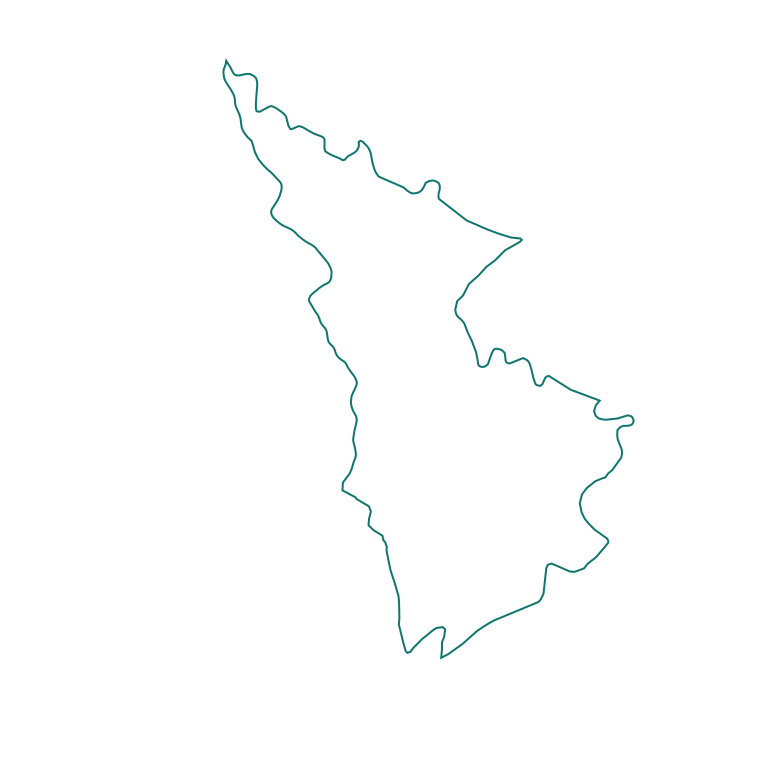 Pajapita, San Marcos, Guatemala (Mercator projection), rotated 112°
{"feature_id": "79465075B67367283540012", "entity_name": "Pajapita", "entity_type": "district", "adm_level": 2, "iso_a3": "GTM", "parent_name": "Guatemala", "parent_adm1": "San Marcos", "projection": "mercator", "projection_center": [-92.076, 14.718], "detail": "fine", "context": "isolated", "style": "outline", "palette": "teal", "viewbox_px": 768, "rotation_deg": 112, "n_neighbors": 0, "source": "geoboundaries", "source_scale": "gbopen_adm2", "svg_char_len": 5038}
<svg xmlns="http://www.w3.org/2000/svg" viewBox="0 0 768 768"><g transform="rotate(112 384 384)"><path d="M143.5,651.3L146.5,650.6L149.4,650.5L151.1,650.5L152.7,650.4L154.2,650.0L155.7,649.4L158.5,647.9L160.5,646.5L162.3,644.8L165.0,641.3L167.9,637.0L169.4,635.0L171.8,632.1L173.6,630.5L175.4,629.2L177.3,628.3L179.9,627.0L181.9,625.6L184.3,623.2L187.9,619.4L189.6,618.0L191.6,616.5L195.7,614.2L199.7,611.9L202.3,609.3L203.4,607.6L205.0,605.3L206.3,602.9L206.8,601.3L207.4,599.8L208.2,597.9L210.1,596.2L212.0,594.7L216.5,591.2L218.3,589.6L220.0,587.6L222.5,584.8L223.9,582.4L226.5,577.6L228.9,571.9L229.9,568.6L231.2,565.4L232.6,562.5L233.9,559.8L235.4,556.5L236.4,554.9L237.6,553.7L239.6,552.7L241.8,552.0L244.5,551.6L248.8,551.2L252.6,551.4L257.6,552.2L260.8,552.8L262.6,553.3L264.3,553.5L265.7,553.4L267.7,552.7L269.4,551.3L271.5,548.4L272.7,545.4L274.3,540.4L275.0,536.1L275.4,528.0L275.9,525.9L276.8,523.1L278.8,518.7L280.2,514.0L281.2,510.0L281.6,507.3L282.0,503.7L282.6,500.9L283.0,499.3L285.6,494.5L288.1,489.8L289.9,486.5L291.2,484.1L293.0,481.0L294.8,478.9L296.5,477.0L299.5,474.7L301.3,474.0L305.6,472.7L308.4,472.7L310.2,473.2L312.1,474.5L313.1,475.5L315.1,477.1L316.8,478.4L319.5,480.1L322.4,481.6L325.8,483.5L328.3,484.7L330.0,485.3L332.9,485.4L334.9,484.6L335.9,483.6L336.8,482.4L339.9,478.5L341.6,476.1L342.8,474.5L343.9,472.7L345.5,470.4L347.6,468.4L349.8,466.6L351.0,465.3L352.7,462.9L353.4,461.4L354.1,460.0L355.7,457.8L357.1,456.6L360.0,454.9L362.6,453.5L365.7,451.2L366.9,449.2L368.0,446.5L368.7,444.8L369.7,443.7L371.2,442.1L373.4,440.4L374.9,438.7L376.3,436.4L377.4,433.3L378.0,430.1L378.5,428.4L379.4,426.8L382.4,423.4L385.4,418.9L387.6,415.0L389.3,412.8L391.2,411.0L393.0,409.6L394.5,409.2L398.9,409.1L402.9,409.4L407.1,409.5L409.5,409.0L413.6,407.7L416.9,405.8L420.0,403.1L421.9,400.8L423.9,398.3L425.2,397.2L427.0,396.0L429.3,395.3L434.9,394.4L438.5,393.9L443.7,392.7L447.5,391.6L450.0,390.1L452.8,387.9L456.3,385.6L459.2,384.0L460.9,383.3L463.3,382.9L467.6,382.9L474.8,382.2L478.7,382.2L481.8,382.7L484.6,383.6L490.9,385.2L495.9,383.4L498.2,382.7L499.7,368.2L500.9,366.3L503.1,352.1L507.1,348.4L515.0,347.3L520.8,345.4L523.5,338.9L525.2,328.6L528.9,326.2L530.3,323.6L534.3,320.2L537.3,319.4L539.0,318.3L545.8,313.8L547.5,312.7L554.2,308.2L564.9,299.2L575.4,291.0L581.3,288.0L595.9,281.8L601.5,280.1L618.5,267.8L623.6,263.7L624.5,261.5L622.3,259.1L618.5,258.2L606.3,253.2L593.7,246.2L590.5,243.9L587.4,238.5L588.6,235.4L595.9,233.5L601.7,233.5L608.0,231.0L616.4,228.4L610.5,223.3L595.7,213.9L578.0,205.1L571.6,200.8L564.8,195.7L561.5,192.9L528.2,159.1L524.8,157.9L518.5,157.6L494.1,164.5L490.2,164.4L487.7,161.3L488.2,141.3L486.7,136.8L480.0,129.4L474.9,128.1L465.2,122.5L452.3,118.2L449.5,117.5L448.1,116.8L446.6,116.7L444.8,118.0L443.8,119.1L440.1,134.3L437.3,140.7L434.0,147.1L429.2,152.5L421.3,157.8L412.0,159.1L404.3,156.9L395.0,151.7L389.2,145.7L387.8,143.8L382.7,142.6L378.5,140.2L363.6,136.5L360.6,136.9L357.9,137.8L355.7,139.1L347.6,146.7L344.9,148.2L342.2,149.3L339.1,150.3L335.7,148.9L333.2,146.5L332.3,144.2L330.6,140.9L328.6,138.9L326.1,138.5L323.8,139.1L321.4,142.1L321.6,146.0L328.8,155.0L334.2,165.3L335.0,168.4L335.5,172.2L334.1,175.9L330.5,179.1L324.2,179.6L318.6,177.8L319.4,208.6L314.8,234.1L315.8,235.7L317.6,236.8L324.8,237.1L327.2,238.3L327.8,241.8L327.3,243.5L325.4,245.2L322.4,247.8L316.8,251.7L311.8,255.5L310.4,256.8L309.1,258.4L308.5,259.8L308.1,261.5L307.9,264.8L315.6,272.8L316.7,273.9L318.0,275.5L318.3,277.7L317.6,279.2L316.5,280.2L312.7,282.1L309.8,284.0L308.3,288.2L309.1,292.9L310.5,294.9L314.4,295.6L326.8,295.1L329.1,296.3L330.7,297.8L331.7,300.3L331.6,302.3L331.0,303.7L325.6,306.9L320.0,310.6L311.5,318.4L304.7,325.8L297.9,332.1L296.3,334.7L295.2,337.0L294.6,339.1L293.2,342.0L291.7,343.7L288.3,345.8L279.8,347.2L272.4,343.9L259.4,342.7L247.8,336.9L237.1,333.0L227.5,327.2L214.6,321.8L202.2,311.9L200.5,310.8L198.8,310.3L198.0,311.9L200.6,321.1L201.6,332.9L202.0,344.9L201.4,368.6L192.3,400.7L191.7,402.4L190.2,403.6L186.9,404.7L183.6,405.1L180.2,406.1L178.1,407.5L177.1,408.8L176.6,411.9L177.0,415.1L179.0,418.2L181.9,420.7L186.5,420.9L190.5,421.7L193.4,423.6L195.6,426.8L196.6,428.8L196.8,431.4L195.7,435.8L194.4,439.5L193.7,466.6L191.0,470.8L188.3,473.5L182.9,477.8L178.2,480.7L174.9,482.8L172.1,485.5L170.2,488.0L167.3,494.5L167.4,497.0L168.9,498.1L171.6,496.9L173.5,496.3L175.4,496.4L178.1,496.8L179.9,497.7L182.1,499.3L184.5,501.2L186.6,502.8L189.0,503.8L190.7,504.3L192.0,506.2L191.4,509.6L191.4,516.0L191.2,520.1L190.8,523.1L190.2,525.6L187.5,527.6L179.8,530.6L178.4,532.1L177.9,533.9L178.1,543.1L177.3,549.5L176.4,555.2L176.5,558.6L177.2,560.0L180.9,563.7L182.3,565.0L182.8,566.3L180.1,569.6L172.9,574.8L171.8,576.5L170.7,579.0L170.1,581.0L168.8,586.4L168.3,590.7L168.6,592.7L170.0,594.5L178.2,601.3L178.8,604.3L176.5,606.0L171.9,607.9L163.0,610.8L154.3,613.5L151.3,614.9L148.6,616.9L147.2,619.9L146.8,624.4L147.7,627.0L149.8,630.4L151.8,633.2L153.1,636.2L153.0,638.7L152.1,640.3L147.8,645.3L143.5,651.3Z" fill="none" stroke="#0f766e" stroke-width="2"/></g></svg>